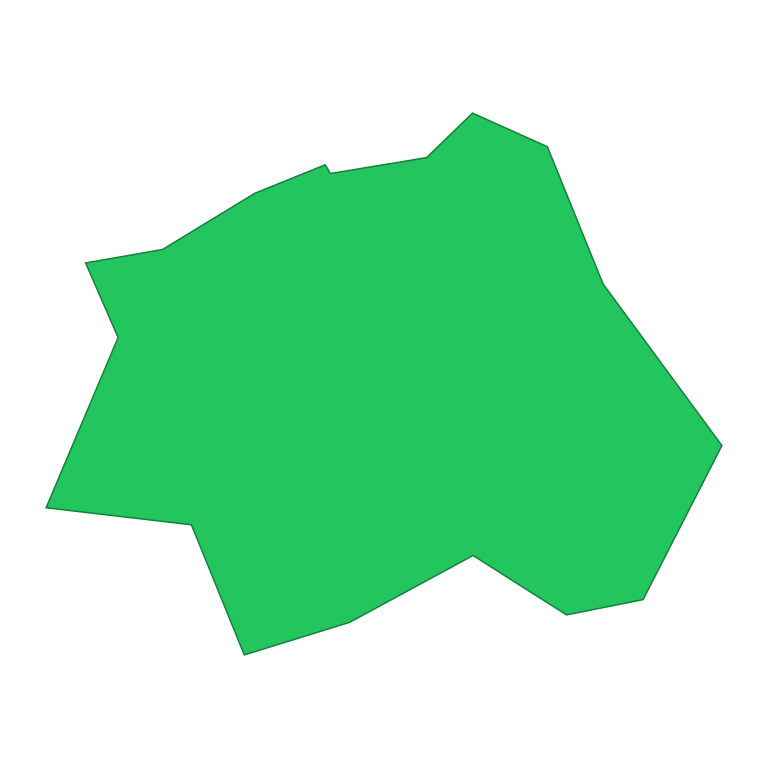 the district of Petersburg, Virginia, United States of America
{"feature_id": "52423323B27383971458976", "entity_name": "Petersburg", "entity_type": "district", "adm_level": 2, "iso_a3": "USA", "parent_name": "United States of America", "parent_adm1": "Virginia", "projection": "albers", "projection_center": [-77.398, 37.205], "detail": "fine", "context": "isolated", "style": "filled", "palette": "green", "viewbox_px": 768, "rotation_deg": 0, "n_neighbors": 0, "source": "geoboundaries", "source_scale": "gbopen_adm2", "svg_char_len": 358}
<svg xmlns="http://www.w3.org/2000/svg" viewBox="0 0 768 768"><path d="M254.9,193.2L162.5,249.5L85.6,262.9L118.1,337.5L46.1,507.8L191.4,524.8L244.3,654.9L349.7,622.3L473.0,555.5L566.5,614.9L643.1,599.6L721.9,445.6L603.1,284.0L547.4,146.8L472.5,113.1L426.6,157.6L330.4,173.5L325.2,164.8L254.9,193.2Z" fill="#22c55e" stroke="#15803d" stroke-width="1.5"/></svg>